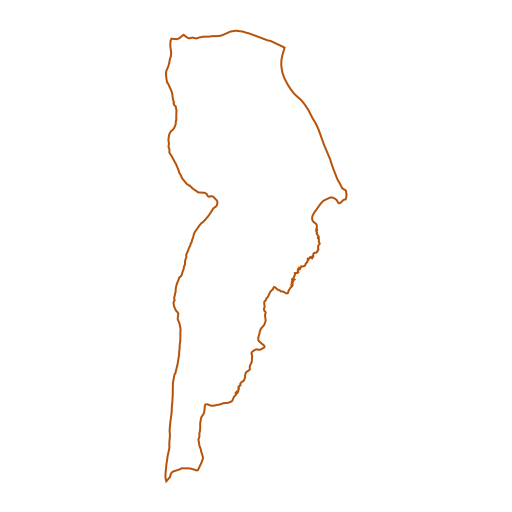 the district of Nan, Louangphrabang, Laos
{"feature_id": "54806243B77151952253527", "entity_name": "Nan", "entity_type": "district", "adm_level": 2, "iso_a3": "LAO", "parent_name": "Laos", "parent_adm1": "Louangphrabang", "projection": "equal_earth", "projection_center": [101.94, 19.329], "detail": "fine", "context": "isolated", "style": "outline", "palette": "amber", "viewbox_px": 512, "rotation_deg": 0, "n_neighbors": 0, "source": "geoboundaries", "source_scale": "gbopen_adm2", "svg_char_len": 6071}
<svg xmlns="http://www.w3.org/2000/svg" viewBox="0 0 512 512"><path d="M345.6,199.4L346.4,196.7L346.3,195.1L346.6,194.6L346.4,194.1L346.3,192.9L345.9,191.3L345.9,190.7L344.6,189.5L343.5,189.3L342.7,188.4L342.1,188.2L339.7,183.2L338.2,180.8L336.9,178.1L332.4,166.4L330.1,159.2L324.1,145.0L318.5,129.4L315.9,123.7L312.5,118.1L308.2,109.7L304.6,104.3L301.3,100.2L296.7,96.2L293.9,93.4L290.9,89.5L288.0,85.1L284.4,78.2L282.6,73.3L282.0,70.6L281.3,65.6L281.3,62.1L281.6,59.0L282.3,55.5L284.6,47.6L270.5,40.9L268.0,40.5L252.1,34.5L248.7,33.3L245.8,32.6L243.3,31.7L236.2,30.7L230.6,31.5L223.0,34.9L220.6,35.7L217.6,36.1L212.6,36.1L208.8,36.7L203.1,36.7L199.2,37.5L196.3,38.5L192.6,37.6L189.0,38.4L186.4,37.0L183.7,34.8L181.8,36.1L179.5,38.1L176.8,39.2L171.4,38.7L170.6,40.7L170.3,44.2L170.4,46.5L171.2,53.1L170.8,56.4L169.9,59.1L169.3,62.7L168.3,66.4L166.4,70.7L166.0,73.1L166.0,74.2L166.3,77.5L166.5,79.3L166.9,80.9L166.8,81.4L167.0,82.3L167.8,83.1L171.5,91.1L172.3,94.2L172.9,99.2L174.0,102.7L173.6,103.1L173.6,103.6L173.9,104.5L174.3,105.2L175.3,105.9L175.9,106.8L175.9,108.0L176.2,109.2L176.5,109.7L176.2,118.8L176.4,119.7L176.3,120.3L175.9,120.8L175.7,124.0L175.4,125.0L174.2,128.0L173.0,129.6L170.9,131.3L169.5,133.7L168.8,136.4L168.4,140.3L168.9,142.7L168.8,144.7L168.5,146.4L168.6,147.2L169.2,148.5L169.4,149.5L169.4,152.5L170.2,154.0L171.2,155.4L176.2,164.5L178.5,170.2L179.3,172.9L180.4,174.5L182.2,178.4L186.6,183.8L189.1,185.6L189.9,185.6L190.4,186.3L193.0,188.8L198.3,192.4L204.7,192.8L206.3,193.7L207.1,194.7L207.5,195.7L208.1,196.3L208.8,196.7L209.4,196.8L211.0,196.1L213.1,196.6L216.7,200.3L217.4,201.6L217.4,202.5L217.1,204.6L216.6,205.7L215.9,206.6L214.0,207.8L213.0,208.8L212.0,210.5L208.6,215.7L204.4,220.7L204.0,220.8L203.5,221.7L201.3,223.3L199.8,225.0L194.5,232.5L193.9,234.0L193.2,237.3L192.0,240.3L192.0,240.6L191.8,241.5L191.3,242.9L190.8,243.2L190.3,245.5L189.5,246.7L187.6,251.7L186.4,254.3L186.2,255.2L186.4,257.0L185.3,260.1L185.0,261.8L185.0,264.4L184.1,266.4L183.5,269.5L182.7,271.5L181.9,274.3L180.8,276.5L179.4,277.3L179.2,277.6L179.1,278.3L177.0,283.5L176.1,286.6L175.7,288.9L175.6,291.9L175.2,293.1L174.7,295.7L174.3,297.1L174.3,297.7L174.1,298.1L174.6,300.3L174.3,300.6L174.2,301.2L173.6,302.0L173.5,303.1L174.1,306.5L174.4,306.9L174.4,307.3L175.1,308.6L175.8,310.3L177.8,312.6L178.2,313.3L178.2,314.7L177.7,318.1L177.8,319.5L178.3,320.8L179.3,323.0L180.5,328.5L180.5,331.5L180.3,333.7L180.4,335.2L180.3,340.8L179.7,345.0L179.6,348.6L179.1,352.1L179.1,354.5L178.0,361.6L177.5,364.4L175.3,373.5L174.6,374.3L174.3,375.3L172.9,383.1L172.7,395.7L172.3,402.5L171.8,407.5L171.7,411.9L170.4,421.6L169.8,428.0L169.6,431.2L169.8,433.0L169.9,436.2L169.3,443.3L169.4,447.6L169.0,449.9L167.5,456.6L167.4,458.1L166.5,463.8L165.6,472.8L165.4,476.7L165.8,479.5L166.3,481.3L170.0,477.0L170.9,473.7L172.6,471.7L179.9,469.3L181.6,468.3L189.6,468.4L194.0,469.5L196.4,470.4L197.9,470.2L201.8,461.9L203.1,457.7L201.1,451.3L200.9,449.6L199.5,445.9L198.4,439.5L199.4,436.8L199.4,433.1L199.9,431.3L200.2,428.3L200.2,423.5L200.8,419.5L201.4,417.1L203.5,414.0L204.1,412.4L204.5,410.0L204.8,406.0L205.1,404.9L205.4,404.6L206.4,404.3L207.4,404.3L208.7,404.7L210.0,405.4L211.3,405.7L213.7,405.7L220.8,404.2L223.4,403.2L227.8,402.9L231.5,401.5L232.4,400.5L234.0,396.7L235.7,395.1L236.3,394.1L235.6,393.4L235.6,393.1L236.1,392.9L236.4,392.3L236.7,393.1L236.9,392.8L237.5,392.8L238.2,391.4L238.3,391.0L238.1,390.7L238.1,390.3L238.8,389.3L238.9,388.7L238.4,388.3L238.8,387.3L238.5,387.1L238.5,386.6L239.7,385.7L240.5,385.4L240.5,385.2L240.2,384.1L240.6,383.1L242.3,381.5L243.0,381.3L243.6,380.9L244.4,379.4L244.9,377.8L245.3,374.3L245.6,373.3L246.2,372.2L249.6,369.8L249.8,369.4L249.8,366.5L250.2,365.1L251.6,362.3L251.8,361.5L252.1,356.8L252.1,355.5L251.4,353.2L251.7,352.4L252.4,351.6L255.2,349.7L256.4,349.4L259.8,349.8L260.5,349.6L264.3,347.5L264.5,347.0L264.5,346.4L264.1,345.6L258.9,341.2L258.4,340.0L258.2,338.6L258.4,337.3L258.8,335.6L259.3,334.3L259.8,331.7L260.2,330.5L260.9,328.7L263.7,325.5L264.4,324.5L265.6,320.9L265.6,319.8L265.2,317.0L265.0,314.8L265.6,313.3L265.6,312.5L265.4,311.9L264.2,310.5L263.9,309.1L264.7,306.5L264.4,305.1L264.2,303.1L264.3,301.9L264.6,301.3L265.8,300.3L266.4,298.4L267.4,297.5L268.2,296.3L270.2,291.9L272.1,289.9L272.7,289.6L273.7,287.3L274.0,287.0L275.2,287.4L276.9,289.0L278.1,289.8L279.9,290.5L280.8,291.4L282.9,291.5L286.5,293.4L287.2,293.4L288.0,292.9L288.6,290.8L290.7,287.4L292.0,286.3L291.9,285.7L292.6,285.2L292.5,284.7L291.6,284.6L292.5,283.6L292.6,283.3L291.8,283.2L291.7,282.7L291.8,282.0L292.3,281.6L292.8,281.5L293.1,281.2L293.1,280.7L294.4,279.5L293.6,279.2L293.2,279.7L292.1,279.9L292.0,279.4L292.6,278.9L293.3,278.6L293.5,277.9L293.8,277.5L295.0,274.6L294.9,273.1L295.4,273.2L296.4,272.9L297.2,273.0L297.5,272.9L297.9,272.3L298.3,272.3L298.4,272.1L297.9,271.3L297.7,270.6L298.1,270.1L298.1,269.6L298.5,269.3L299.5,269.3L299.4,269.0L298.9,268.7L299.4,268.5L299.3,267.9L300.2,268.3L300.4,267.6L300.9,267.3L301.2,266.4L302.7,266.5L304.6,265.9L305.3,265.1L305.4,264.2L306.4,262.8L307.1,262.4L307.1,261.5L308.2,260.2L308.2,259.8L307.7,259.4L307.8,258.6L308.6,258.7L309.1,258.6L310.1,257.1L310.8,257.3L311.1,257.9L311.9,258.2L311.9,257.2L312.8,257.3L312.9,257.0L312.6,256.5L313.2,256.4L313.0,255.6L313.3,255.2L313.4,253.8L313.7,253.3L314.6,252.8L316.5,252.6L317.0,252.0L317.3,251.1L317.9,250.7L318.0,249.9L318.4,249.4L318.1,248.2L318.2,246.0L318.4,245.3L319.5,244.2L319.7,243.4L318.8,241.8L318.9,239.9L318.8,239.2L317.8,237.8L317.9,237.5L318.2,237.4L318.8,237.5L318.8,237.0L318.2,236.5L318.1,235.7L317.8,235.1L316.7,234.0L316.7,233.6L317.0,233.0L316.9,232.1L316.7,231.5L316.6,231.3L316.4,231.5L316.2,231.0L316.2,230.2L316.9,230.2L317.2,230.0L317.0,229.5L316.4,228.6L316.5,228.2L316.8,228.0L316.8,225.2L316.5,224.3L313.8,222.1L312.9,221.2L312.3,219.8L312.1,218.4L312.2,217.0L312.8,215.2L314.2,212.7L320.7,203.6L323.5,200.7L329.8,197.7L331.5,197.4L332.9,197.7L334.8,198.6L336.6,200.0L338.4,203.0L339.0,203.3L339.7,203.2L340.8,202.5L343.4,200.0L345.1,199.3L345.6,199.4Z" fill="none" stroke="#b45309" stroke-width="2"/></svg>